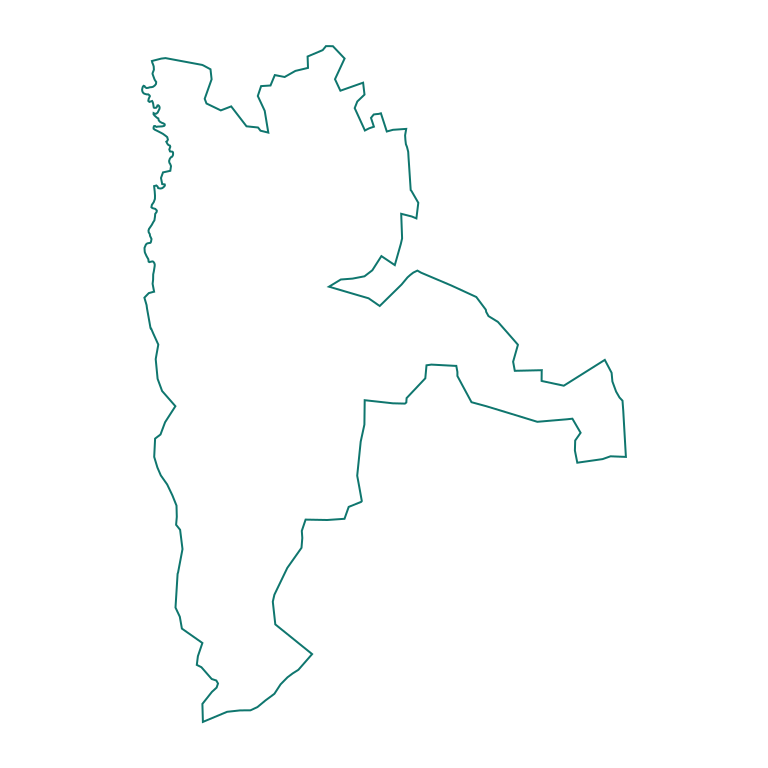 Garko, Kano, Nigeria (Natural Earth projection)
{"feature_id": "59680162B51570410917379", "entity_name": "Garko", "entity_type": "district", "adm_level": 2, "iso_a3": "NGA", "parent_name": "Nigeria", "parent_adm1": "Kano", "projection": "natural_earth1", "projection_center": [8.82, 11.564], "detail": "fine", "context": "isolated", "style": "outline", "palette": "teal", "viewbox_px": 768, "rotation_deg": 0, "n_neighbors": 0, "source": "geoboundaries", "source_scale": "gbopen_adm2", "svg_char_len": 4627}
<svg xmlns="http://www.w3.org/2000/svg" viewBox="0 0 768 768"><path d="M622.5,400.7L619.5,397.5L616.1,391.6L612.4,381.5L611.6,372.8L604.8,359.9L563.8,385.7L542.3,381.1L541.6,380.9L541.7,370.9L541.8,370.2L515.3,370.8L514.8,370.8L513.3,362.7L513.1,361.8L517.9,344.9L517.9,344.7L506.2,331.3L497.9,321.9L488.5,316.1L486.2,311.9L485.8,309.7L476.3,297.0L451.3,285.5L421.1,272.7L417.4,270.6L413.3,272.6L410.2,275.0L407.5,277.4L401.6,284.5L379.7,306.0L368.6,298.3L357.6,295.1L329.0,286.7L340.8,279.5L352.6,278.6L364.5,276.3L372.3,270.3L381.4,256.1L394.8,265.1L400.8,244.0L402.1,238.4L401.2,213.8L411.8,216.5L416.4,218.4L418.3,202.8L411.5,191.0L410.7,190.1L408.9,162.8L408.8,161.5L408.5,157.0L408.2,151.8L407.0,147.0L405.9,144.2L405.4,140.0L405.1,135.3L406.2,128.9L393.0,129.8L386.8,131.5L380.9,113.3L378.8,113.9L375.7,114.2L373.7,114.5L371.0,117.9L373.9,126.7L369.2,128.3L367.4,129.2L364.9,130.5L363.7,127.8L354.7,108.1L357.3,101.5L364.5,94.6L363.1,82.7L362.5,82.9L340.4,90.7L340.0,89.9L335.0,79.2L344.6,58.5L343.9,57.8L332.9,46.2L326.0,46.1L322.7,50.1L307.6,56.5L308.0,67.9L295.4,70.9L284.6,77.0L274.8,75.1L270.5,85.5L261.1,86.1L257.8,96.0L264.7,110.8L268.3,132.6L260.5,130.7L258.6,128.2L258.0,127.5L246.5,126.3L231.8,107.2L231.2,106.4L220.8,110.4L206.5,103.5L204.7,98.8L211.6,79.3L210.5,69.3L203.5,65.5L202.1,64.9L165.5,58.1L161.3,58.6L151.9,61.0L152.3,62.7L153.0,64.3L153.7,66.4L153.9,69.7L153.2,71.6L152.8,72.5L152.5,73.8L153.5,76.6L154.6,79.6L155.3,80.7L156.2,82.0L156.0,83.9L154.9,85.4L153.2,86.7L151.9,87.1L149.8,87.3L147.9,87.9L146.4,88.0L145.1,87.1L144.5,86.1L143.6,85.8L142.8,86.8L142.4,88.2L142.1,89.6L142.3,91.1L142.9,92.5L144.1,93.6L145.6,94.1L146.8,94.4L148.3,94.4L149.4,95.3L149.9,96.1L148.7,98.8L148.3,100.9L149.4,101.9L152.1,101.0L152.7,102.1L153.2,103.9L153.5,106.0L153.8,107.6L154.7,107.9L156.2,107.7L157.0,106.7L157.5,105.4L158.3,105.3L159.1,106.1L159.6,107.2L159.5,108.8L158.5,110.8L157.7,112.5L156.4,113.6L154.9,113.8L153.6,113.1L153.5,114.1L154.4,115.4L155.7,116.6L157.2,117.9L158.3,118.4L158.7,120.2L159.1,120.8L160.0,121.8L162.0,122.9L163.5,123.4L164.7,124.3L164.7,125.2L164.3,125.8L163.4,126.1L162.0,126.4L160.0,126.5L157.7,126.6L156.7,126.9L156.0,126.7L155.1,126.0L154.1,126.1L153.6,127.2L153.6,128.7L154.8,129.7L157.1,130.8L161.2,132.9L163.0,133.9L165.6,135.8L167.2,137.1L167.9,139.6L167.3,140.9L166.3,141.7L167.4,143.8L168.4,145.0L169.9,145.6L170.3,146.8L169.9,147.9L169.3,149.4L170.0,151.4L171.0,151.6L172.1,151.6L173.0,152.3L173.1,154.0L172.9,155.3L172.1,156.7L171.0,157.2L170.6,157.7L169.8,158.8L169.1,161.0L169.4,162.8L170.2,164.0L171.0,166.1L170.3,170.8L163.0,172.4L161.0,178.0L162.2,184.1L164.7,184.4L164.9,185.2L164.5,186.2L163.6,187.1L162.3,188.1L160.8,188.5L159.6,188.4L158.2,188.1L157.6,186.6L156.4,185.5L154.1,186.1L154.7,191.4L155.0,195.8L154.9,199.0L153.7,202.2L151.9,204.8L151.4,207.2L152.4,208.1L155.3,208.9L156.8,210.5L156.7,211.8L155.2,213.9L155.0,216.5L154.4,220.4L153.4,221.9L151.7,225.0L149.0,228.9L148.5,230.6L148.7,232.3L149.8,234.1L150.0,235.8L151.5,239.0L151.0,241.8L150.4,242.8L147.6,243.3L146.6,243.8L145.8,244.8L145.1,246.5L144.5,247.9L144.6,249.9L144.7,251.3L144.9,252.5L145.9,254.7L146.6,256.2L148.3,259.2L148.5,260.5L148.6,261.6L149.3,262.1L152.3,261.4L153.3,261.7L154.3,263.1L154.7,264.3L154.7,265.9L153.8,271.5L153.2,274.3L153.1,279.7L152.6,283.8L154.1,291.7L153.6,291.8L148.8,293.1L145.9,296.1L144.4,297.7L146.6,305.2L146.6,305.4L147.0,308.4L150.5,328.0L150.9,328.8L151.2,328.7L153.3,333.6L158.3,344.6L155.7,359.1L157.6,378.8L162.1,391.0L175.4,406.2L165.1,422.2L160.5,434.5L155.1,438.6L154.2,456.9L157.4,467.5L160.8,475.4L167.2,484.5L172.4,495.4L176.5,505.6L176.8,516.8L176.1,524.8L180.1,529.8L182.5,549.1L178.2,571.8L178.1,572.4L177.6,573.8L175.5,607.6L179.8,616.7L181.9,628.6L202.4,643.0L197.9,656.2L196.8,664.9L201.4,667.2L211.7,679.0L216.3,680.5L218.0,683.5L216.6,687.6L211.9,691.9L202.4,703.9L202.9,721.9L227.1,711.8L240.1,710.4L250.5,710.3L257.4,707.1L265.5,700.4L274.4,693.8L280.6,684.3L287.5,677.3L292.7,673.4L298.4,669.8L312.1,654.1L275.3,624.4L272.8,601.7L274.4,594.7L287.3,567.9L301.5,547.8L302.3,538.0L301.8,530.9L305.6,519.6L327.2,520.0L344.5,518.8L348.7,506.9L361.3,501.8L361.8,501.0L359.4,487.6L357.2,475.7L360.7,441.6L364.4,424.6L364.7,400.2L371.9,401.0L392.8,403.3L404.9,403.6L406.3,402.5L406.6,398.1L425.3,378.3L426.5,365.3L431.4,364.6L455.8,365.9L456.3,365.9L457.4,372.0L457.4,376.0L460.3,381.4L462.0,384.6L471.5,402.2L486.2,406.2L509.9,413.4L537.3,421.8L566.8,419.3L572.4,418.7L580.6,432.8L575.2,440.5L574.9,450.5L577.3,462.7L602.6,459.1L610.5,456.3L625.9,456.9L623.3,411.6L623.3,411.4L622.5,400.7Z" fill="none" stroke="#0f766e" stroke-width="2"/></svg>